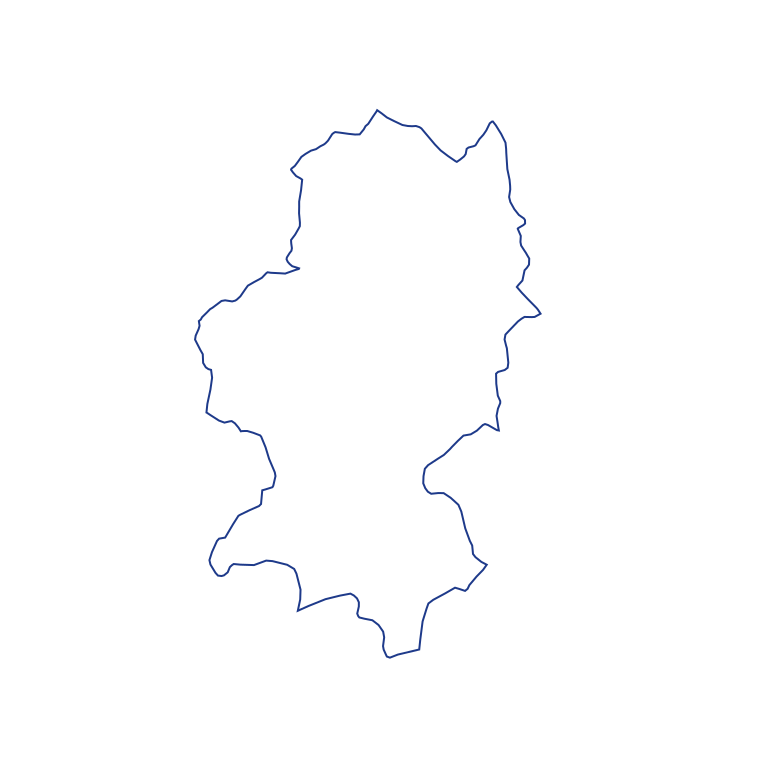 the district of Bac Kan, Bắc Kạn, Vietnam, rotated 51°
{"feature_id": "81297802B17568713952999", "entity_name": "Bac Kan", "entity_type": "district", "adm_level": 2, "iso_a3": "VNM", "parent_name": "Vietnam", "parent_adm1": "Bắc Kạn", "projection": "mercator", "projection_center": [105.845, 22.132], "detail": "fine", "context": "isolated", "style": "outline", "palette": "blue", "viewbox_px": 768, "rotation_deg": 51, "n_neighbors": 0, "source": "geoboundaries", "source_scale": "gbopen_adm2", "svg_char_len": 3837}
<svg xmlns="http://www.w3.org/2000/svg" viewBox="0 0 768 768"><g transform="rotate(51 384 384)"><path d="M589.1,417.9L583.5,420.3L576.1,421.9L572.1,421.8L568.8,419.6L565.0,417.1L559.9,416.0L547.3,411.7L531.8,404.2L524.7,402.2L514.4,403.8L506.4,406.3L503.0,410.3L499.0,416.4L495.3,417.7L490.9,417.5L485.9,416.0L480.5,411.3L475.6,405.6L474.8,400.8L476.0,389.0L476.8,382.1L476.1,373.6L475.6,370.5L474.7,362.5L474.1,354.7L477.7,348.3L478.7,341.2L478.1,333.0L478.7,330.7L481.3,329.0L490.9,325.3L492.4,324.0L489.3,322.3L484.6,319.5L479.6,316.6L474.9,311.0L472.0,305.7L470.4,304.4L464.7,302.9L454.5,296.6L446.5,290.4L446.4,287.7L449.1,281.4L449.2,277.7L445.7,274.0L433.5,266.0L431.1,265.0L425.3,262.3L422.0,258.5L421.2,252.5L419.7,240.6L419.8,236.1L420.3,232.6L424.9,227.2L426.7,224.7L427.9,218.1L423.1,217.6L420.9,217.6L408.5,218.8L399.5,219.5L392.2,219.7L391.6,217.1L390.7,211.3L384.1,203.2L383.6,199.8L382.5,196.2L377.9,192.2L374.4,191.7L371.4,191.2L368.2,190.9L362.7,190.3L359.5,188.6L355.0,184.5L347.5,182.4L347.3,181.7L348.2,175.7L348.1,173.4L345.4,171.3L343.4,171.1L337.5,172.8L330.2,172.7L322.1,171.3L317.4,169.1L312.3,163.5L309.4,161.3L304.3,157.9L294.6,152.9L281.3,143.5L278.1,141.1L272.9,137.7L263.5,135.6L253.3,134.3L248.5,134.2L248.0,135.0L248.0,137.8L251.3,144.9L252.8,149.9L253.7,155.7L256.1,162.7L255.6,164.7L253.4,169.5L253.3,171.8L256.7,175.8L257.5,178.6L257.5,183.6L257.2,187.6L255.9,188.2L247.1,190.8L238.1,193.0L229.9,193.7L214.5,194.0L208.9,194.1L206.7,194.8L203.6,196.8L201.4,199.9L198.5,203.1L194.3,206.7L186.0,210.7L178.7,214.0L171.9,215.6L166.9,217.0L167.5,218.4L169.1,223.9L171.9,232.5L172.0,236.1L173.4,239.5L174.7,245.8L171.9,249.5L167.2,254.2L161.1,259.9L157.5,263.4L157.2,265.1L157.2,267.0L159.6,274.2L159.8,275.4L160.1,278.2L160.0,280.2L159.2,283.8L158.7,289.0L156.7,293.9L155.8,300.2L155.5,305.3L157.1,310.9L158.4,316.0L158.4,320.4L158.9,321.3L159.0,321.4L162.3,321.6L167.1,321.4L171.8,319.5L173.7,319.0L176.3,321.6L181.2,326.5L188.8,335.1L192.9,338.4L197.9,342.6L205.7,347.8L208.4,350.1L209.6,352.9L212.0,359.1L213.6,365.6L214.8,366.5L216.5,367.7L220.5,370.1L222.2,372.1L222.9,375.1L224.5,379.8L225.7,381.2L228.4,381.9L231.4,381.8L234.7,381.2L239.3,378.1L240.7,377.2L241.0,377.8L239.7,380.8L236.0,391.3L232.5,395.1L226.4,401.9L223.9,404.2L223.8,405.8L224.6,412.0L224.2,414.7L223.0,420.9L221.9,427.9L223.0,432.0L225.5,440.5L225.8,445.3L225.6,447.1L224.3,450.0L219.0,454.8L217.2,458.0L216.8,469.3L216.4,472.0L217.0,477.1L217.6,483.4L218.6,485.8L218.6,488.3L222.7,490.7L224.7,493.6L227.9,499.9L230.6,502.9L235.8,504.0L242.0,505.3L246.8,506.1L253.8,511.3L258.9,512.0L261.9,511.1L264.2,509.5L265.5,510.3L270.9,513.6L279.1,522.4L288.3,533.8L294.4,539.9L294.6,539.8L299.1,538.4L308.5,535.3L313.6,532.3L315.9,527.5L317.0,525.7L320.7,524.6L326.3,524.5L330.7,525.0L331.5,523.6L334.4,519.9L339.5,516.4L346.0,512.6L347.3,512.6L347.7,512.6L358.7,515.9L369.8,520.4L381.0,523.6L384.0,524.5L387.3,526.3L393.4,534.1L394.0,535.7L391.3,542.5L390.0,545.5L399.9,555.1L400.0,556.4L400.2,557.8L397.5,567.8L395.1,578.1L394.8,580.1L398.0,589.6L403.4,604.1L400.4,609.5L400.9,612.6L406.4,623.5L411.0,630.5L415.1,632.5L424.7,633.8L428.4,633.6L431.0,631.1L432.0,628.8L432.0,624.0L429.3,619.0L429.1,616.1L429.3,614.1L434.1,609.2L442.9,599.0L447.1,586.7L451.5,582.1L463.6,573.0L471.2,570.2L476.3,571.4L491.3,578.3L498.7,584.7L506.0,593.7L509.0,582.4L514.4,564.9L520.8,551.3L525.8,542.0L529.4,540.5L533.6,539.9L537.8,540.9L541.1,543.6L545.6,549.3L548.2,550.1L549.9,550.1L554.0,547.0L560.3,541.7L567.9,539.9L575.9,540.5L581.0,543.3L587.1,549.7L590.2,551.4L595.5,552.8L597.6,553.3L600.4,551.6L603.0,543.5L612.5,523.7L605.3,516.5L592.8,503.4L585.3,492.2L582.5,487.6L582.7,481.6L585.2,468.3L587.0,457.0L590.6,454.5L595.8,451.2L595.8,447.9L594.0,444.2L591.9,433.3L590.8,424.0L589.1,417.9Z" fill="none" stroke="#1e3a8a" stroke-width="2"/></g></svg>